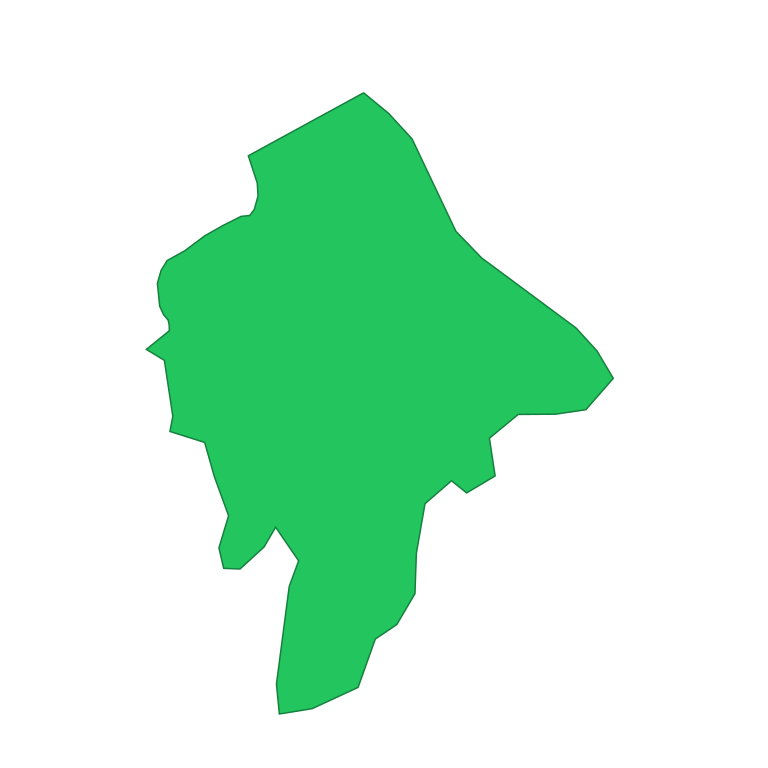 outline of Mazsalacas, rotated 70°
{"feature_id": "LVA-5791", "entity_name": "Mazsalacas", "entity_type": "Municipality", "adm_level": 1, "iso_a3": "LVA", "parent_name": "Latvia", "parent_adm1": "", "projection": "equal_earth", "projection_center": [25.028, 57.932], "detail": "fine", "context": "isolated", "style": "filled", "palette": "green", "viewbox_px": 768, "rotation_deg": 70, "n_neighbors": 0, "source": "natural_earth", "source_scale": "10m", "svg_char_len": 866}
<svg xmlns="http://www.w3.org/2000/svg" viewBox="0 0 768 768"><g transform="rotate(70 384 384)"><path d="M378.5,196.6L397.0,184.4L425.9,172.5L457.1,166.6L477.2,203.1L471.0,233.2L458.5,268.3L471.0,303.5L508.4,311.0L514.6,343.6L498.0,353.7L510.5,386.4L554.2,411.5L591.6,426.6L614.4,454.2L620.7,479.4L660.2,512.1L664.5,562.5L658.3,595.2L629.2,587.7L541.8,542.3L521.0,524.7L481.5,534.8L496.1,552.4L508.6,582.6L502.4,597.7L481.6,595.2L454.6,575.1L413.0,575.1L377.6,572.5L355.4,601.4L342.1,593.5L286.7,582.3L270.2,595.5L260.5,567.5L255.2,565.7L250.2,565.0L243.4,567.4L234.2,568.2L211.9,562.5L201.0,554.6L193.8,545.5L190.7,525.9L183.4,501.6L179.9,480.7L177.6,461.0L179.7,452.5L175.6,446.2L164.3,438.1L151.9,434.4L123.1,433.4L103.8,306.3L103.5,303.5L131.3,287.1L163.3,273.8L265.1,264.2L299.0,249.1L378.5,196.6Z" fill="#22c55e" stroke="#15803d" stroke-width="1.5"/></g></svg>